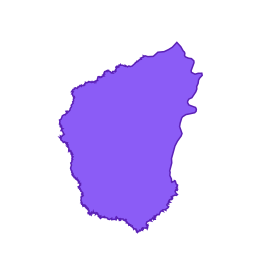 Huai Phueng, Kalasin, Thailand, rotated 18°
{"feature_id": "78962969B68960900903795", "entity_name": "Huai Phueng", "entity_type": "district", "adm_level": 2, "iso_a3": "THA", "parent_name": "Thailand", "parent_adm1": "Kalasin", "projection": "orthographic", "projection_center": [103.862, 16.683], "detail": "fine", "context": "isolated", "style": "filled", "palette": "violet", "viewbox_px": 256, "rotation_deg": 18, "n_neighbors": 0, "source": "geoboundaries", "source_scale": "gbopen_adm2", "svg_char_len": 5847}
<svg xmlns="http://www.w3.org/2000/svg" viewBox="0 0 256 256"><g transform="rotate(18 128 128)"><path d="M181.3,53.1L177.8,54.3L175.1,56.1L171.2,55.5L170.3,54.0L170.6,45.6L169.9,43.8L166.9,42.4L164.0,42.9L160.5,42.6L159.4,41.6L159.0,39.5L158.2,38.4L156.6,37.6L153.1,34.4L148.0,31.5L145.2,37.5L142.4,40.8L138.8,44.2L133.0,46.7L129.9,52.1L124.8,54.0L121.8,54.1L121.3,54.9L120.2,54.6L120.6,55.8L118.4,57.7L119.3,58.5L117.8,59.4L116.7,61.8L115.9,61.6L115.7,62.8L114.8,63.5L114.9,64.1L112.6,68.0L111.0,68.9L109.7,68.7L108.6,70.0L106.6,69.5L107.0,70.0L106.6,70.2L103.3,70.0L101.7,70.6L101.2,69.9L100.6,71.0L100.0,71.1L100.4,72.9L99.8,73.2L99.8,72.7L98.5,72.5L97.8,73.3L97.8,74.0L98.4,73.7L98.7,74.7L98.1,76.9L99.0,77.5L98.5,78.4L98.0,77.9L97.9,78.4L96.0,79.0L95.8,80.3L96.3,80.5L95.0,80.8L93.9,80.0L92.1,79.8L91.8,79.2L90.9,79.4L90.6,80.7L89.7,80.3L89.2,81.3L88.4,81.6L88.2,83.0L89.0,83.8L88.3,84.1L88.4,85.0L87.9,85.3L88.8,85.8L88.0,86.0L88.1,86.6L87.0,87.9L86.7,87.4L85.9,88.2L85.3,88.1L85.4,88.6L84.3,88.2L83.7,88.5L83.8,91.6L84.4,92.2L83.0,93.0L83.1,94.0L82.6,93.4L81.5,94.3L81.6,95.0L81.1,94.7L80.1,95.4L79.4,94.9L78.9,96.1L77.6,95.7L76.7,96.4L76.3,96.0L75.0,97.7L73.6,97.7L73.9,98.3L73.2,99.0L73.5,100.3L72.8,100.6L72.9,101.2L71.1,101.8L70.9,102.5L70.2,101.7L69.4,103.2L69.0,102.8L68.0,104.8L67.7,104.6L67.4,106.1L65.6,106.0L64.7,106.8L65.1,107.4L64.5,108.3L63.9,108.3L63.7,108.8L63.1,110.9L64.1,110.6L63.8,111.1L64.6,111.4L64.0,113.0L64.8,113.1L65.7,114.6L67.1,114.6L66.9,115.8L67.7,115.9L67.1,117.4L67.9,119.1L67.3,120.2L68.1,121.3L67.0,123.9L67.7,125.2L67.0,127.2L67.3,128.9L66.1,131.3L65.2,131.6L64.9,130.8L63.9,131.3L65.4,132.7L64.7,133.2L64.4,134.7L63.4,134.9L61.8,136.7L61.7,140.1L60.4,141.6L61.1,142.4L61.7,145.4L62.3,145.2L62.8,146.5L63.4,146.3L63.2,147.7L64.0,147.8L64.4,147.3L64.8,148.6L66.2,148.8L65.3,149.6L65.1,151.1L65.9,150.8L68.0,152.5L68.3,153.3L69.3,153.6L68.9,154.6L67.8,155.2L67.9,156.2L67.4,156.9L66.4,156.6L67.3,158.2L66.1,158.2L67.4,159.0L67.8,160.0L70.3,161.0L70.8,161.7L71.5,161.6L72.0,160.7L73.7,161.4L73.7,161.0L74.5,160.9L73.8,161.9L74.5,162.5L75.1,161.9L75.3,162.6L76.2,162.7L76.0,163.3L76.5,163.9L75.6,164.2L78.0,165.4L78.6,167.7L78.8,167.0L79.4,167.1L79.9,168.2L80.7,167.5L81.5,169.3L81.7,168.5L82.1,168.6L82.3,169.4L81.4,170.0L82.2,169.9L81.7,170.7L82.6,169.9L83.4,170.1L82.9,170.7L83.1,171.5L83.9,172.2L83.5,172.3L83.8,172.9L84.5,172.6L84.1,174.3L85.1,175.1L84.5,175.7L85.1,177.6L84.4,179.0L85.7,180.6L85.8,184.0L87.3,186.1L88.0,186.3L88.1,187.5L89.6,188.2L90.0,189.1L89.1,189.4L89.3,189.8L91.3,191.1L91.5,190.7L92.3,191.8L92.9,191.4L93.6,192.3L93.8,191.8L94.7,192.6L95.1,191.9L95.5,193.0L96.2,192.7L96.5,193.6L97.2,193.4L97.8,195.3L98.2,194.8L98.2,195.4L98.7,195.2L99.3,195.8L100.0,195.4L100.5,197.0L100.2,197.4L99.8,197.1L99.7,198.8L99.1,199.1L99.6,199.4L99.1,199.5L99.5,200.3L100.7,199.5L100.4,199.9L101.1,200.2L101.1,201.4L102.5,201.7L102.6,202.6L104.8,203.4L105.1,204.0L104.5,204.6L105.3,204.9L104.7,205.6L106.2,206.2L105.5,207.3L104.8,207.4L104.7,208.4L105.2,208.8L105.6,211.5L106.9,213.0L106.5,213.7L107.6,213.8L107.6,214.8L108.6,214.9L108.9,215.7L109.9,215.4L109.8,216.1L110.4,215.7L110.1,215.1L111.1,215.4L111.0,214.7L111.8,215.0L111.6,216.0L112.8,215.9L112.6,216.8L113.7,217.3L113.7,216.4L114.2,216.5L114.2,217.5L114.7,217.8L115.1,217.4L115.4,218.3L116.3,218.4L116.8,219.8L116.3,220.4L117.1,220.7L116.4,221.4L116.6,221.7L117.3,221.4L118.5,222.2L118.9,220.8L119.2,221.9L119.8,222.1L119.1,220.2L119.6,219.5L120.3,220.1L120.3,219.5L121.0,219.4L120.9,218.4L121.7,219.5L122.2,219.0L122.8,219.4L123.3,219.1L124.0,219.3L124.0,219.9L124.4,219.3L123.6,218.8L123.8,218.3L125.1,218.4L125.1,219.0L126.0,219.2L125.9,219.8L127.3,220.3L127.2,221.3L128.8,221.5L128.5,221.0L129.0,220.5L128.9,222.0L129.7,222.5L130.2,221.5L129.8,220.9L130.7,221.3L131.6,220.3L132.2,220.5L132.7,219.6L132.2,219.2L133.4,219.7L133.5,220.4L135.4,219.9L136.5,220.1L136.7,220.7L138.5,220.8L140.4,218.9L140.9,220.2L143.3,219.0L145.1,219.0L144.9,217.6L144.3,217.5L144.1,216.6L144.4,216.0L146.9,217.5L148.2,216.8L148.4,218.5L149.5,218.1L149.5,217.2L148.7,217.2L148.8,216.8L151.5,216.1L151.9,216.9L152.9,217.0L154.2,215.6L154.7,215.9L154.2,217.2L155.7,217.5L155.7,218.7L156.4,218.6L156.4,218.1L158.1,219.0L158.9,218.4L158.4,219.4L158.9,220.3L159.5,220.0L159.4,219.4L160.5,219.2L160.9,220.3L161.8,220.6L162.3,220.1L162.4,220.8L163.5,221.1L164.8,222.6L165.2,221.8L166.8,221.7L167.0,222.6L168.1,222.7L168.1,224.1L169.1,224.5L169.1,223.6L170.2,223.4L170.7,221.6L171.6,221.9L172.2,220.6L173.0,220.7L172.2,219.5L172.5,218.7L173.7,219.3L173.5,218.3L175.7,217.8L176.3,216.9L177.4,218.0L177.5,216.7L177.0,216.2L177.3,214.8L176.3,214.8L176.5,213.9L175.5,214.5L174.9,213.3L175.0,211.4L177.3,209.3L178.9,209.2L177.5,208.2L178.7,207.6L179.4,205.8L180.5,207.0L180.7,206.0L181.6,206.6L182.1,206.4L180.1,203.8L181.0,203.2L181.7,203.7L181.6,202.8L182.4,202.0L182.4,201.2L184.3,200.9L184.8,197.2L185.9,196.4L187.0,196.4L186.0,195.7L186.3,195.2L187.9,194.4L189.3,194.5L188.9,193.9L190.8,191.3L191.0,190.3L189.1,189.6L188.7,188.9L189.1,187.7L190.2,187.8L189.4,186.1L190.8,185.6L189.4,185.2L189.4,184.5L190.0,184.3L189.7,183.3L191.1,182.7L191.0,181.6L191.8,182.3L192.2,181.5L191.8,180.4L190.6,179.9L193.4,177.3L194.7,177.2L195.6,176.1L193.2,174.8L192.4,173.7L192.6,171.9L194.5,172.5L193.4,171.5L194.0,170.8L192.4,169.9L193.2,168.8L192.4,168.2L192.8,167.0L191.0,166.3L189.4,163.8L188.4,163.7L188.6,164.6L187.2,165.1L186.6,166.1L186.1,165.9L185.0,163.0L182.4,160.2L181.7,156.9L180.9,156.0L180.4,147.7L178.8,143.6L178.2,130.6L179.1,125.2L181.0,119.2L181.1,116.6L176.6,110.7L176.1,107.3L176.0,102.0L176.4,100.5L178.9,97.4L186.7,92.9L187.6,91.1L187.2,89.0L185.9,87.6L178.9,87.3L176.9,85.6L176.4,83.9L177.0,81.6L179.4,79.4L181.3,72.6L181.4,69.7L180.5,67.3L180.9,64.0L180.3,60.6L180.8,58.2L182.3,55.0L181.3,53.1Z" fill="#8b5cf6" stroke="#5b21b6" stroke-width="1.5"/></g></svg>